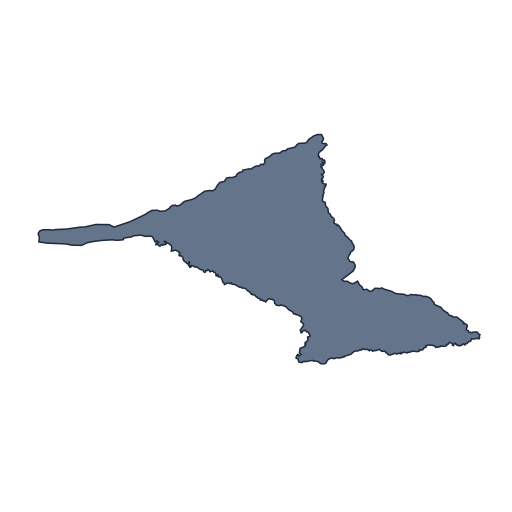 Calçoene, Amapá, Brazil (orthographic projection), rotated 264°
{"feature_id": "56859067B29403659487824", "entity_name": "Calçoene", "entity_type": "district", "adm_level": 2, "iso_a3": "BRA", "parent_name": "Brazil", "parent_adm1": "Amapá", "projection": "orthographic", "projection_center": [-51.471, 2.615], "detail": "fine", "context": "isolated", "style": "filled", "palette": "slate", "viewbox_px": 512, "rotation_deg": 264, "n_neighbors": 0, "source": "geoboundaries", "source_scale": "gbopen_adm2", "svg_char_len": 6153}
<svg xmlns="http://www.w3.org/2000/svg" viewBox="0 0 512 512"><g transform="rotate(264 256 256)"><path d="M154.4,470.5L154.8,469.6L157.0,468.3L157.6,466.4L157.5,463.5L157.1,463.0L158.1,459.8L159.4,459.4L160.6,457.4L163.2,458.1L163.6,458.7L165.4,458.7L167.1,456.6L167.0,455.3L168.3,455.6L174.3,449.4L174.6,445.7L175.8,444.8L177.1,441.6L179.6,440.5L180.7,438.5L182.0,437.5L182.1,436.8L185.7,434.4L189.1,428.4L191.4,428.1L192.0,427.2L195.1,425.6L196.5,424.1L198.2,420.7L198.2,418.3L199.5,416.0L200.2,413.5L200.0,412.0L200.9,411.1L200.7,409.3L201.6,406.1L200.8,404.2L200.8,402.1L202.5,399.0L203.7,392.3L204.7,389.7L206.5,387.6L209.9,379.4L211.1,378.0L210.7,376.0L211.5,371.0L209.1,367.6L208.9,365.4L211.2,363.0L211.3,359.1L214.0,358.3L216.8,355.8L220.4,354.4L218.3,349.9L219.2,346.8L221.3,344.3L221.7,340.9L223.4,338.8L231.0,351.2L234.3,353.3L236.0,353.7L239.2,352.7L240.3,351.3L240.2,350.0L240.9,348.8L244.2,347.1L247.2,348.7L248.1,349.9L249.7,350.3L251.5,353.1L252.8,354.2L255.6,354.6L259.3,352.9L260.8,352.7L262.4,350.9L265.9,348.4L267.1,346.8L269.3,346.5L271.7,344.5L277.2,341.8L278.1,341.0L277.9,339.8L279.1,339.7L279.8,337.7L281.0,336.7L283.3,337.8L285.2,337.3L287.8,334.7L289.6,334.4L291.4,332.5L295.8,332.5L298.6,330.4L302.1,330.5L303.3,328.1L305.2,327.9L307.0,328.6L307.8,328.3L309.0,329.3L310.1,328.9L311.8,330.3L313.6,330.0L316.9,331.6L318.1,331.8L318.0,332.5L320.1,333.3L320.6,331.2L322.1,329.6L322.5,329.8L323.4,329.1L324.2,329.2L323.9,330.3L325.6,329.3L326.4,329.5L326.4,330.4L327.9,331.3L329.1,330.9L330.1,329.8L330.6,331.2L331.9,332.6L334.1,332.3L335.8,330.9L337.7,330.9L337.7,330.0L340.2,330.5L339.2,331.4L339.5,332.7L342.3,332.0L340.8,333.9L342.4,334.5L344.2,334.2L344.0,333.0L346.1,331.9L345.8,330.0L348.4,329.3L348.2,328.6L350.5,328.7L352.9,329.8L353.1,331.1L354.1,331.9L354.5,333.1L358.5,336.9L358.9,338.2L360.5,337.4L360.8,334.7L361.7,333.3L362.5,333.2L364.4,335.0L365.7,335.4L369.9,333.9L370.4,330.0L369.4,326.1L366.4,320.6L363.8,318.4L363.2,317.1L363.5,310.3L362.1,307.9L360.5,306.6L360.1,305.4L359.3,298.7L357.7,296.5L357.9,293.9L355.9,290.1L356.2,285.5L355.6,282.7L353.4,279.8L351.8,275.4L350.4,274.6L348.0,274.5L346.2,272.7L346.8,270.5L345.2,268.3L345.5,266.1L344.9,263.9L342.9,259.7L343.4,258.4L342.8,251.9L341.1,251.1L340.9,248.0L339.0,245.2L337.5,244.6L337.1,243.8L336.5,240.2L336.9,238.2L336.7,235.2L335.7,233.9L333.5,232.5L333.0,227.8L330.4,225.0L326.7,222.4L325.3,219.4L326.0,217.3L325.8,211.8L321.7,204.2L320.5,202.9L319.0,198.7L317.8,190.6L314.7,185.9L314.1,183.8L314.0,182.5L315.1,181.2L314.8,179.4L315.2,178.3L313.5,175.5L312.4,174.8L310.3,170.3L310.5,165.3L311.9,162.6L312.2,157.2L310.4,152.7L309.1,150.7L303.4,134.6L299.6,118.0L302.6,113.1L304.1,100.0L302.7,87.9L303.1,84.9L302.6,70.5L303.3,58.6L302.8,57.2L303.7,53.8L304.3,46.3L303.6,43.8L301.8,42.1L300.7,41.7L297.3,42.5L292.7,41.5L290.6,49.7L287.9,68.0L286.0,74.1L284.8,83.6L286.8,89.3L287.5,96.6L287.6,105.0L287.1,114.4L286.1,119.8L286.0,125.3L286.2,125.9L287.5,126.3L287.7,126.9L288.0,134.2L288.9,136.4L288.8,143.8L287.1,148.0L286.8,152.8L286.2,154.6L285.7,155.2L280.5,157.1L280.4,157.8L281.3,158.4L281.4,159.1L279.6,160.6L279.0,158.4L278.0,157.4L277.6,157.7L278.1,158.9L275.7,161.4L277.1,163.0L276.3,164.4L277.2,165.2L276.8,166.2L277.0,167.6L278.2,167.7L280.0,166.6L279.8,167.7L278.3,168.8L277.5,170.5L275.4,172.7L273.1,173.2L269.9,172.2L269.6,172.9L270.3,176.3L268.7,179.2L267.5,179.7L266.8,180.9L265.1,179.5L264.4,179.6L263.9,180.9L264.1,181.8L262.0,183.1L260.0,183.2L258.3,184.0L257.3,185.4L255.3,186.9L255.3,187.6L257.1,188.6L256.9,189.2L254.2,188.6L253.5,188.0L252.9,188.8L251.7,189.0L252.0,190.4L252.5,190.7L253.2,190.3L253.2,190.9L252.9,192.2L251.3,194.1L251.4,195.7L248.2,199.6L247.8,201.4L245.1,202.9L245.4,204.1L246.7,204.4L246.6,205.9L247.5,206.7L246.3,208.1L245.1,208.5L245.7,211.5L244.3,212.3L244.2,213.3L242.7,214.2L240.6,214.2L240.1,215.2L241.5,215.8L241.3,216.3L239.1,216.8L239.1,217.7L237.7,219.3L232.9,220.5L232.6,221.3L230.9,221.6L232.0,224.8L232.1,226.0L231.2,227.0L231.8,228.7L230.4,229.2L229.9,231.9L226.6,236.5L226.7,237.3L226.3,238.5L225.6,238.7L225.0,241.9L221.9,244.4L221.0,245.9L218.4,247.4L218.7,247.8L217.7,248.7L217.7,250.3L215.2,252.1L215.3,252.7L214.0,253.3L212.9,255.7L211.7,255.7L211.2,258.2L210.3,258.9L210.1,260.3L209.3,260.8L212.1,263.9L211.1,267.7L209.8,269.3L208.6,269.8L207.4,269.4L204.9,271.2L204.1,274.5L204.8,275.4L202.7,280.1L198.9,283.2L196.9,286.3L194.3,287.6L194.3,288.8L193.3,290.0L193.3,291.2L190.7,294.6L188.8,295.1L186.3,293.7L185.4,294.1L184.7,295.4L182.3,296.2L177.7,292.3L175.0,292.7L175.2,293.9L176.4,294.4L177.1,297.2L175.4,298.2L174.7,300.1L171.0,301.4L170.4,300.9L170.0,298.8L166.8,298.9L164.4,295.5L163.6,296.4L162.8,296.1L162.5,295.3L161.0,295.3L159.6,290.2L155.0,289.0L153.4,290.7L152.2,288.4L152.5,287.6L153.1,287.9L153.6,287.5L153.7,287.0L151.4,285.4L150.7,285.1L150.0,285.5L149.3,287.1L148.2,287.0L145.8,287.8L145.2,290.9L145.9,291.7L146.2,293.3L145.7,293.7L146.3,301.2L145.3,302.5L145.5,304.1L143.7,307.8L142.7,308.4L141.9,310.0L141.6,312.3L142.1,314.3L145.1,316.3L146.5,319.4L146.3,322.0L145.6,322.8L146.4,325.3L145.8,328.4L146.5,333.3L147.0,333.1L148.3,339.9L151.0,344.0L151.0,348.1L151.7,349.1L151.4,351.0L152.6,352.2L151.7,354.2L151.5,356.9L149.9,358.9L150.8,359.6L150.0,361.4L149.2,361.9L149.6,366.7L150.4,368.7L148.2,370.9L147.5,374.8L146.3,375.0L145.2,376.8L144.2,376.9L143.4,378.7L144.5,383.5L144.4,384.9L143.7,385.8L144.5,387.4L143.5,389.9L144.7,390.2L144.2,391.5L145.0,392.8L143.8,396.4L144.4,397.2L144.2,398.5L145.0,402.1L144.0,406.2L144.3,408.3L145.0,409.1L145.7,409.0L145.1,411.3L145.9,412.7L147.2,413.5L147.4,415.3L147.8,415.8L148.9,415.5L149.4,417.6L148.9,421.6L147.8,424.3L146.3,425.1L146.6,426.8L146.2,427.3L146.7,429.7L147.2,430.0L146.5,433.5L146.9,436.3L148.2,436.5L148.3,438.1L149.8,439.1L149.2,440.9L148.1,442.1L146.6,442.1L146.3,443.2L147.5,443.3L148.5,444.9L147.4,445.4L147.5,446.0L146.1,446.7L146.3,447.4L145.3,448.6L146.0,451.7L147.1,452.8L146.3,454.0L145.8,454.1L145.9,454.7L147.0,455.3L146.8,456.6L148.6,458.5L148.8,460.5L151.2,461.8L150.6,463.8L151.0,467.3L150.2,469.0L151.4,469.9L152.7,469.6L154.4,470.5Z" fill="#64748b" stroke="#1e293b" stroke-width="1.5"/></g></svg>